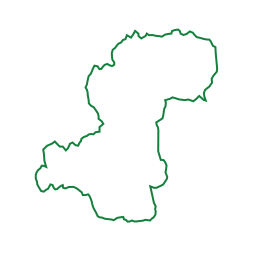 Carmo do Rio Verde, Goiás, Brazil, rotated 171°
{"feature_id": "56859067B98577330438289", "entity_name": "Carmo do Rio Verde", "entity_type": "district", "adm_level": 2, "iso_a3": "BRA", "parent_name": "Brazil", "parent_adm1": "Goiás", "projection": "robinson", "projection_center": [-49.728, -15.419], "detail": "fine", "context": "isolated", "style": "outline", "palette": "green", "viewbox_px": 256, "rotation_deg": 171, "n_neighbors": 0, "source": "geoboundaries", "source_scale": "gbopen_adm2", "svg_char_len": 2718}
<svg xmlns="http://www.w3.org/2000/svg" viewBox="0 0 256 256"><g transform="rotate(171 128 128)"><path d="M223.7,79.4L221.2,78.3L219.0,79.6L216.3,80.6L214.6,82.9L213.4,84.4L211.4,83.4L210.8,80.7L209.6,78.8L207.6,78.8L205.8,80.0L203.6,81.2L201.4,81.8L201.4,79.1L199.1,78.1L195.8,79.0L190.9,78.3L188.4,76.6L186.7,74.9L183.9,71.9L183.1,68.8L180.6,68.4L177.7,68.7L176.6,66.7L176.0,64.4L175.4,61.4L175.2,58.4L174.9,55.7L174.2,53.1L173.0,50.1L171.7,45.6L170.2,44.3L167.5,43.5L165.3,42.1L161.9,41.1L158.9,40.3L156.4,39.2L152.8,40.9L149.8,41.0L146.6,40.9L146.2,38.4L144.3,37.5L143.1,35.6L141.2,35.4L138.5,36.0L136.4,34.7L133.1,34.3L130.7,34.3L127.9,34.1L125.3,34.6L123.3,34.0L120.8,33.2L118.2,35.0L116.5,35.9L114.5,38.1L113.7,41.0L113.9,43.7L112.9,46.2L114.1,50.0L115.1,66.9L111.7,64.9L109.3,64.5L104.9,65.7L102.1,66.7L97.7,71.5L96.9,73.4L97.9,78.4L97.1,80.4L95.8,85.0L96.6,88.3L97.8,90.7L100.6,91.4L101.8,100.3L98.3,121.5L98.4,124.2L99.2,126.6L99.2,129.1L92.4,132.1L90.9,135.7L90.1,138.7L89.1,141.5L87.6,143.5L86.6,147.2L87.0,149.6L81.4,150.4L79.3,151.3L76.1,149.8L73.9,148.6L71.9,147.9L67.6,146.7L63.9,146.7L59.4,144.2L56.0,146.0L52.7,148.5L48.8,143.9L46.9,142.9L47.7,147.1L47.5,150.8L45.8,153.7L41.2,156.2L37.9,159.7L37.6,163.7L35.2,166.5L31.5,169.7L30.7,172.4L29.6,188.8L29.0,194.2L31.3,195.9L32.7,200.6L33.9,202.6L36.4,203.1L39.5,204.2L42.6,205.7L45.9,207.0L47.8,209.7L49.0,211.9L51.8,213.7L55.4,211.7L58.6,211.2L61.2,212.9L61.7,215.8L63.2,217.4L66.6,217.4L69.3,216.9L70.4,214.5L73.6,214.6L76.9,214.4L80.2,212.9L82.3,213.7L85.5,214.5L89.4,216.0L92.8,216.4L94.6,218.3L96.3,216.1L98.3,215.4L100.9,214.4L103.2,217.1L103.0,219.6L105.8,222.8L108.0,219.9L110.9,216.8L114.6,219.8L116.6,216.2L119.4,215.6L121.5,213.5L124.2,212.8L126.2,211.2L128.1,209.2L130.9,207.6L132.3,204.4L132.7,200.1L132.7,197.8L131.3,194.9L131.7,192.6L133.9,191.7L135.7,192.4L138.5,194.5L141.2,194.0L143.4,192.3L145.0,190.6L147.0,190.6L148.4,193.7L151.4,194.8L153.5,191.9L155.0,189.3L156.3,187.3L158.8,185.3L160.5,181.0L161.8,177.4L163.6,174.6L162.6,172.2L162.3,169.5L162.6,167.0L162.5,161.9L162.8,158.5L160.9,155.6L158.6,153.9L156.9,150.4L155.4,147.0L155.2,144.2L155.6,141.6L153.0,138.9L151.7,136.0L153.5,134.8L156.0,133.4L156.7,128.8L160.7,128.9L163.2,127.2L165.8,127.9L167.9,127.7L169.7,126.6L172.8,126.1L175.6,124.7L176.5,122.5L178.2,121.0L180.0,118.3L182.6,119.3L185.0,122.3L187.8,121.5L189.2,119.3L190.5,117.3L192.9,115.6L195.3,119.8L198.3,120.3L201.0,124.1L202.4,126.1L205.4,124.5L210.7,123.1L212.6,121.7L215.1,120.0L215.1,114.8L215.5,111.0L215.7,108.3L214.9,102.4L216.9,103.7L219.1,104.3L220.9,101.9L223.7,100.3L225.3,98.3L226.4,96.3L227.0,92.4L226.3,89.3L226.4,86.4L225.1,82.8L223.7,79.4Z" fill="none" stroke="#15803d" stroke-width="2"/></g></svg>